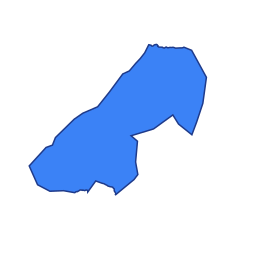 Xaliun, Govi-Altay, Mongolia, rotated 128°
{"feature_id": "93677404B94337153520501", "entity_name": "Xaliun", "entity_type": "district", "adm_level": 2, "iso_a3": "MNG", "parent_name": "Mongolia", "parent_adm1": "Govi-Altay", "projection": "natural_earth1", "projection_center": [96.084, 46.015], "detail": "fine", "context": "isolated", "style": "filled", "palette": "blue", "viewbox_px": 256, "rotation_deg": 128, "n_neighbors": 0, "source": "geoboundaries", "source_scale": "gbopen_adm2", "svg_char_len": 1823}
<svg xmlns="http://www.w3.org/2000/svg" viewBox="0 0 256 256"><g transform="rotate(128 128 128)"><path d="M217.1,140.2L211.9,130.4L211.7,130.1L211.4,130.0L211.1,130.0L210.6,129.9L210.4,129.7L210.1,129.6L209.9,129.3L209.6,129.2L209.4,129.0L209.2,128.8L209.2,128.6L208.6,128.4L208.0,128.1L207.6,128.0L207.0,127.8L206.6,127.7L206.2,127.4L205.8,126.7L205.4,126.2L205.2,125.7L204.9,125.6L204.8,125.3L204.8,125.1L204.6,125.0L204.5,124.8L204.3,124.6L204.2,124.1L204.1,123.8L203.8,123.4L203.4,123.3L202.6,122.8L202.4,122.4L202.3,122.0L202.2,121.7L202.0,121.4L203.2,120.3L189.6,120.8L187.6,114.7L187.4,114.2L186.6,112.4L186.5,111.0L186.1,109.6L186.1,108.1L185.6,106.9L185.3,106.0L184.6,104.8L184.1,103.6L184.1,103.4L184.3,103.0L184.4,102.6L184.5,102.2L184.4,101.8L184.5,101.3L184.9,101.0L185.5,100.6L186.2,99.8L186.4,99.0L186.7,98.4L187.0,97.5L187.2,97.2L187.6,97.0L188.8,96.8L164.9,91.5L158.6,91.6L150.1,101.1L132.6,112.4L132.2,120.8L113.0,107.3L90.1,100.7L93.8,90.6L94.0,73.5L81.0,77.6L62.5,84.2L39.8,97.4L27.6,125.7L29.9,133.7L31.0,134.2L32.0,135.2L33.0,136.5L35.2,139.0L35.9,139.9L36.2,141.1L36.5,141.9L37.1,142.7L37.7,143.2L38.6,144.5L39.0,144.9L39.7,145.4L40.3,146.0L40.4,146.5L40.6,146.8L40.6,147.4L40.7,147.8L41.5,148.2L42.5,148.5L43.0,149.3L43.2,149.9L43.1,150.2L43.1,150.5L43.7,151.4L45.1,153.3L45.3,153.8L45.3,154.4L45.4,154.8L45.2,154.9L44.8,154.9L44.7,155.2L44.8,155.5L44.5,156.0L44.5,156.6L44.7,157.2L45.1,157.5L45.4,157.7L45.8,158.1L46.5,158.5L47.7,158.7L48.4,159.1L48.8,159.8L48.8,160.2L48.6,160.6L48.6,161.0L48.9,161.4L49.1,161.8L49.2,162.2L49.6,162.9L58.5,161.1L65.7,161.1L72.1,161.7L82.2,162.1L88.6,165.4L111.2,164.8L130.0,165.0L144.1,172.7L154.1,175.8L180.2,179.3L188.0,177.0L193.8,180.6L218.7,182.5L220.8,178.6L228.4,164.3L225.9,150.6L217.1,140.2Z" fill="#3b82f6" stroke="#1e3a8a" stroke-width="1.5"/></g></svg>